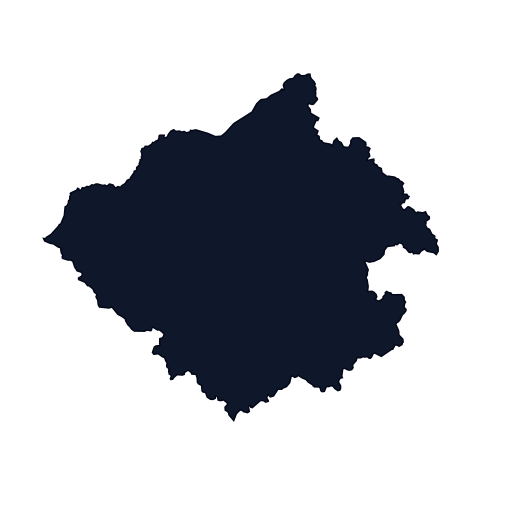 outline of Huiliches, Neuquén, Argentina, rotated 145°
{"feature_id": "61730980B75660067581001", "entity_name": "Huiliches", "entity_type": "district", "adm_level": 2, "iso_a3": "ARG", "parent_name": "Argentina", "parent_adm1": "Neuquén", "projection": "equal_earth", "projection_center": [-71.371, -39.778], "detail": "fine", "context": "isolated", "style": "filled", "palette": "ink", "viewbox_px": 512, "rotation_deg": 145, "n_neighbors": 0, "source": "geoboundaries", "source_scale": "gbopen_adm2", "svg_char_len": 6137}
<svg xmlns="http://www.w3.org/2000/svg" viewBox="0 0 512 512"><g transform="rotate(145 256 256)"><path d="M368.6,134.0L362.6,138.1L357.7,139.0L356.1,138.1L355.4,135.5L352.7,132.5L350.6,132.5L349.1,136.1L348.0,137.0L346.7,137.1L345.6,136.0L345.9,135.6L346.6,135.9L347.0,135.2L346.0,133.9L335.1,135.1L332.6,132.9L332.0,130.9L329.5,129.9L329.0,130.2L328.7,133.4L327.9,134.4L325.5,135.5L325.1,132.4L321.9,131.3L314.4,134.3L311.3,132.1L309.7,132.4L306.1,131.5L301.1,132.9L296.4,137.1L295.7,137.1L294.9,136.7L293.9,134.4L291.6,133.7L290.4,134.3L289.6,133.3L288.0,129.5L285.9,126.2L285.5,122.7L283.4,117.8L283.7,116.6L283.0,115.7L283.2,115.3L279.3,112.5L279.0,111.6L280.1,108.2L279.5,106.8L277.6,105.9L273.4,108.7L271.1,107.2L269.0,106.8L267.5,105.0L267.5,102.3L266.1,98.7L264.1,98.1L262.8,98.9L261.1,101.3L260.9,104.8L260.0,106.3L257.3,107.7L255.1,106.8L254.6,108.5L249.7,113.8L248.1,113.6L246.0,109.9L244.3,108.5L242.6,108.1L240.6,108.8L239.4,111.5L234.0,112.8L231.6,114.8L228.8,112.7L225.7,111.9L224.7,110.7L222.6,109.8L221.9,107.4L221.1,106.7L219.6,106.8L216.1,108.8L214.5,108.6L210.9,101.9L198.5,101.8L197.5,101.2L193.2,103.3L192.1,102.9L191.6,101.7L190.7,101.2L190.6,100.0L187.2,99.7L185.7,101.0L184.8,101.1L183.4,103.7L184.3,109.2L182.1,112.9L180.7,119.9L178.6,120.9L177.5,120.4L174.8,121.1L169.4,124.2L168.0,124.0L164.5,125.2L163.7,126.3L164.2,129.1L161.4,131.9L160.0,132.4L159.9,134.9L158.3,137.3L158.8,140.8L166.7,146.1L166.8,148.5L168.2,149.8L169.4,152.1L171.1,151.9L172.0,150.3L175.2,149.8L176.0,148.6L178.5,148.2L181.5,148.7L182.8,150.9L182.7,152.2L180.5,153.3L179.7,155.7L180.2,158.8L181.2,160.5L185.0,162.9L181.5,166.9L178.7,172.7L178.2,175.4L175.5,176.7L174.5,178.4L172.1,180.2L170.2,189.2L169.1,189.1L166.7,186.0L162.4,184.0L155.9,182.8L150.3,184.0L147.5,187.1L142.9,188.5L136.8,185.2L135.5,186.1L133.9,184.3L130.7,184.6L129.1,181.7L129.5,179.4L130.1,178.5L128.8,175.9L128.6,171.6L127.8,170.4L125.4,169.8L125.7,167.4L124.3,166.9L121.2,164.3L118.2,165.3L114.0,165.2L113.1,161.7L108.4,156.8L107.5,153.8L104.0,155.4L101.8,158.8L101.6,162.5L98.4,165.1L99.7,167.8L98.2,169.8L99.5,173.1L98.6,178.3L99.9,180.6L99.8,182.9L98.9,184.8L97.7,185.5L97.7,187.0L92.7,187.0L91.5,188.9L92.5,190.8L91.8,195.0L94.5,195.6L98.5,199.4L100.1,199.0L100.7,202.2L100.3,203.1L102.4,208.4L103.6,209.2L107.8,208.4L109.1,210.5L108.5,215.4L106.7,215.2L105.4,215.9L104.0,214.8L100.7,217.1L98.6,215.9L96.5,217.0L97.3,218.1L97.0,219.9L100.3,222.5L97.9,224.3L98.0,225.2L97.2,226.2L96.3,229.9L93.5,230.8L93.9,233.2L95.0,234.7L95.2,237.5L96.2,238.5L97.2,241.1L101.8,245.5L102.9,245.8L105.0,251.9L103.2,255.9L105.1,259.0L104.8,261.4L105.9,262.7L106.1,264.0L105.9,265.6L104.5,266.7L104.0,267.9L110.1,270.4L108.4,272.2L105.7,272.5L104.6,274.7L104.5,276.4L101.0,278.7L101.9,280.9L103.1,281.6L103.4,283.3L102.0,284.2L101.1,286.2L103.8,293.7L109.0,297.1L112.2,296.0L114.0,293.6L117.3,292.0L118.9,292.5L121.7,295.3L121.2,300.2L122.6,302.6L122.3,306.1L126.2,305.5L129.9,302.5L131.1,305.1L136.0,310.1L136.1,312.9L136.9,313.4L137.3,315.4L136.0,316.9L135.8,318.2L137.2,320.2L133.5,322.9L135.3,327.3L135.2,328.8L129.4,332.5L127.6,331.6L125.4,332.9L129.4,341.7L127.6,344.8L127.5,346.6L127.9,347.5L127.4,349.5L125.5,351.0L123.2,348.0L121.7,347.4L116.0,348.9L115.4,350.1L115.8,352.5L113.1,355.9L113.5,357.2L111.9,357.5L111.0,358.6L110.3,360.2L110.8,361.5L108.8,363.0L108.5,365.6L109.1,369.5L108.6,371.9L107.5,374.1L109.5,375.3L112.3,375.6L115.8,377.8L116.3,380.2L117.6,381.3L120.4,381.2L123.4,380.0L127.2,381.8L129.9,382.0L133.3,381.6L135.0,380.7L135.9,379.8L136.9,376.4L137.9,376.8L138.1,376.0L139.2,377.0L139.1,377.9L142.6,377.3L151.5,379.0L157.0,378.5L162.0,381.1L163.5,381.1L168.1,380.3L176.6,376.2L198.2,377.2L210.0,374.5L215.7,374.1L220.8,377.1L225.1,384.0L233.0,393.9L236.6,395.4L237.5,396.5L238.9,395.6L242.3,396.8L243.5,399.3L245.6,399.9L246.8,402.0L250.5,404.3L250.7,406.1L251.2,406.7L254.2,407.1L258.3,405.8L260.1,404.4L263.5,405.1L263.4,406.2L261.9,407.5L265.4,410.1L266.5,410.0L267.7,408.4L270.0,406.9L271.8,407.6L274.4,407.3L275.4,408.3L277.5,407.4L281.4,407.6L283.9,409.4L285.4,408.5L287.8,409.3L290.2,407.6L290.6,405.7L292.0,403.4L293.1,403.0L293.5,401.2L295.7,401.3L296.7,399.9L298.6,398.8L298.8,397.6L303.0,396.9L304.8,394.6L307.2,395.3L307.9,394.3L313.7,392.2L314.4,391.2L318.0,391.9L321.6,390.4L326.0,390.6L327.3,389.7L329.4,392.1L332.2,392.2L332.4,396.2L334.7,399.0L337.3,398.7L338.5,399.3L339.1,400.8L341.2,401.8L344.5,405.9L345.9,406.8L348.3,407.1L349.5,408.4L353.1,408.5L354.5,409.9L357.8,410.3L359.1,411.6L361.3,410.4L363.1,411.0L362.6,412.6L363.3,413.8L365.1,412.8L371.7,413.9L372.3,413.7L372.1,412.8L374.4,411.5L376.8,408.5L377.7,408.9L379.6,406.8L381.7,405.6L384.2,405.7L389.8,399.1L397.6,394.2L399.2,394.5L400.7,393.7L411.6,391.2L416.9,391.5L418.5,391.0L420.0,392.3L420.5,389.5L417.2,384.3L415.1,382.4L412.9,376.8L411.3,375.1L413.7,370.2L413.8,367.5L415.3,366.4L415.8,365.0L412.3,360.5L409.9,358.8L409.1,356.6L410.8,350.9L411.1,346.5L408.5,343.1L408.3,340.9L410.6,339.4L414.0,339.8L414.8,338.4L411.1,332.5L411.0,328.3L409.9,327.5L408.4,322.6L409.2,319.1L408.2,315.9L410.5,314.3L410.9,310.7L413.2,306.5L413.5,304.0L406.2,297.7L404.1,297.2L403.2,296.2L402.6,287.5L400.4,283.2L399.1,279.3L399.9,277.7L400.4,273.0L399.8,270.7L399.8,267.4L398.7,264.3L390.5,258.4L387.5,257.7L385.2,255.2L384.3,255.2L382.3,256.9L381.2,256.7L379.2,251.9L377.6,251.1L376.5,247.7L376.1,244.9L376.7,244.1L379.4,242.5L382.2,243.5L385.2,239.4L385.3,238.3L386.6,238.1L389.6,239.7L391.6,239.7L396.1,236.4L396.1,234.1L392.1,232.0L390.5,227.3L389.1,225.1L390.1,221.7L390.1,219.1L391.4,218.3L392.6,216.4L392.0,213.6L393.7,211.5L394.8,209.1L393.9,207.3L394.5,206.0L396.6,204.5L396.6,203.7L395.1,202.9L392.0,203.8L388.6,204.0L384.6,200.7L382.6,200.2L381.7,201.6L377.1,201.5L375.9,198.0L376.3,196.1L373.0,193.5L374.1,189.8L376.4,186.1L376.4,184.4L374.8,181.1L377.6,176.4L377.4,174.9L376.1,173.8L375.7,172.6L376.9,168.4L375.5,164.8L373.5,163.2L371.0,162.8L369.8,164.5L368.6,164.0L368.5,162.5L369.6,159.5L367.9,157.8L365.1,156.7L363.7,151.8L364.4,150.8L368.1,149.9L369.6,147.3L368.5,145.0L368.4,143.5L369.3,141.0L368.6,134.0Z" fill="#0f172a" stroke="#020617" stroke-width="1.5"/></g></svg>